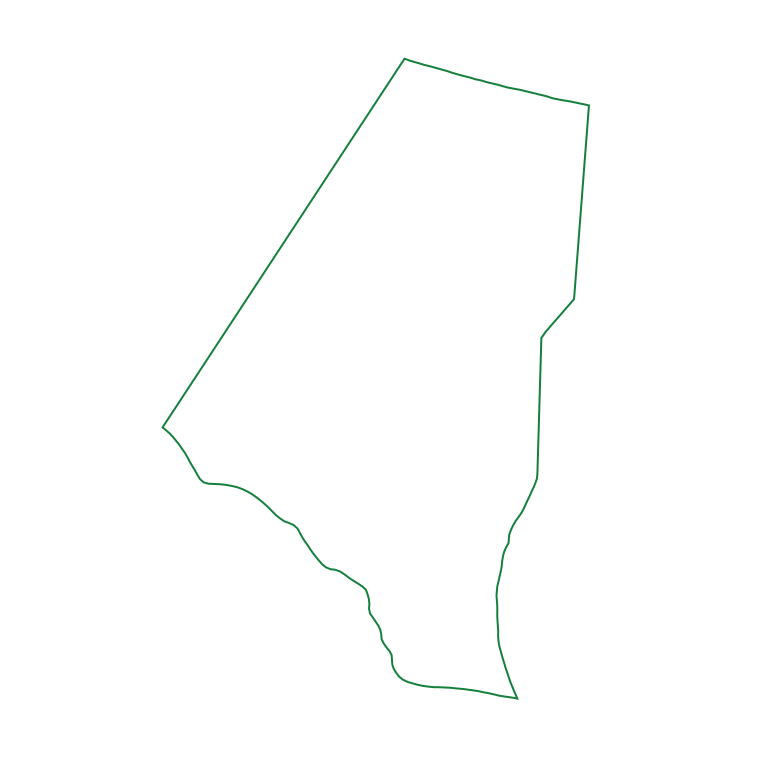 Raghwan, Ma'rib, Yemen (Robinson projection), rotated 266°
{"feature_id": "15242507B55081881652905", "entity_name": "Raghwan", "entity_type": "district", "adm_level": 2, "iso_a3": "YEM", "parent_name": "Yemen", "parent_adm1": "Ma'rib", "projection": "robinson", "projection_center": [45.02, 15.774], "detail": "fine", "context": "isolated", "style": "outline", "palette": "green", "viewbox_px": 768, "rotation_deg": 266, "n_neighbors": 0, "source": "geoboundaries", "source_scale": "gbopen_adm2", "svg_char_len": 2364}
<svg xmlns="http://www.w3.org/2000/svg" viewBox="0 0 768 768"><g transform="rotate(266 384 384)"><path d="M356.2,160.1L350.4,166.0L349.5,166.9L347.5,168.5L345.7,169.9L341.9,172.6L337.9,175.4L333.5,178.0L329.0,180.7L324.2,183.0L319.8,184.9L315.3,187.2L310.5,189.6L306.4,191.5L301.8,193.9L298.5,197.2L296.8,201.8L296.2,206.8L295.5,213.0L294.5,218.9L293.0,224.8L291.2,230.6L289.1,235.3L286.3,240.2L283.5,244.4L280.5,248.1L277.3,251.7L273.5,255.7L269.0,260.0L264.9,263.5L260.7,267.1L257.2,270.9L254.0,275.0L252.1,279.3L249.7,283.9L245.9,287.6L241.3,289.7L236.7,291.8L232.8,293.9L228.5,296.6L224.7,298.7L220.3,301.3L216.6,303.8L212.6,306.6L208.5,309.8L205.3,313.1L203.0,317.6L202.1,322.4L200.0,327.2L196.5,331.7L192.8,335.9L189.4,340.4L186.7,344.2L183.5,348.3L180.0,351.6L175.6,352.9L170.6,353.9L165.7,354.1L161.1,353.4L156.2,354.0L151.8,356.6L147.6,359.0L143.2,361.6L139.0,363.2L134.1,363.8L129.7,363.8L125.6,365.4L120.8,368.3L117.0,371.0L113.0,372.7L108.2,372.7L103.6,372.7L99.0,373.9L95.0,376.1L91.2,378.5L87.9,382.0L85.1,386.9L83.3,391.9L81.7,396.3L80.2,401.5L79.0,407.2L78.1,412.5L77.7,417.5L77.0,423.6L76.3,429.4L75.3,434.8L74.5,440.2L73.4,445.7L72.3,450.9L71.1,456.5L69.5,461.9L68.3,466.7L66.8,471.7L65.2,476.6L64.0,481.8L62.8,487.3L61.8,492.0L60.9,495.0L63.1,494.3L67.8,492.6L72.7,491.0L77.5,489.4L82.0,488.2L87.1,486.9L92.7,485.4L96.9,484.5L102.1,483.3L107.4,482.2L111.7,481.3L116.3,480.5L120.6,480.3L125.3,480.3L129.8,480.7L134.9,480.7L139.7,480.7L144.9,480.8L149.8,481.2L155.0,481.5L160.4,481.5L165.5,481.5L170.0,482.2L174.5,483.0L179.9,484.7L184.6,486.1L189.9,487.7L194.6,488.8L199.5,489.6L204.0,490.7L208.4,492.2L212.8,494.6L216.5,497.1L220.8,497.8L225.1,498.5L229.2,500.3L233.6,502.7L238.5,506.0L242.0,509.0L245.7,512.0L250.2,514.9L254.5,517.2L258.7,519.5L262.7,521.8L266.8,523.9L270.7,526.2L274.6,528.1L278.9,529.9L283.2,530.7L418.9,544.2L424.6,548.7L455.4,579.5L647.6,607.9L648.4,605.3L649.7,600.6L651.2,595.4L652.9,589.4L654.2,583.8L655.6,578.2L657.4,571.8L659.6,566.5L668.0,540.1L669.2,535.4L670.8,529.2L672.6,523.8L674.5,518.7L676.3,512.8L677.9,507.8L680.1,501.9L681.6,496.5L683.5,491.7L685.7,485.0L687.2,480.6L689.6,474.0L691.5,469.5L693.1,465.1L694.8,460.4L696.4,455.8L698.0,451.3L699.5,446.4L701.3,441.8L702.8,437.7L702.9,437.4L704.5,432.9L707.1,427.2L674.7,402.5L405.7,197.8L356.2,160.1Z" fill="none" stroke="#15803d" stroke-width="2"/></g></svg>